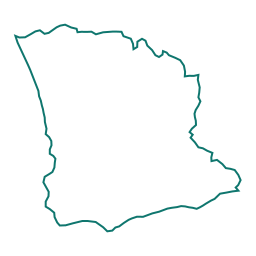 Surubim, Pernambuco, Brazil (Mercator projection)
{"feature_id": "56859067B76326707509966", "entity_name": "Surubim", "entity_type": "district", "adm_level": 2, "iso_a3": "BRA", "parent_name": "Brazil", "parent_adm1": "Pernambuco", "projection": "mercator", "projection_center": [-35.746, -7.891], "detail": "fine", "context": "isolated", "style": "outline", "palette": "teal", "viewbox_px": 256, "rotation_deg": 0, "n_neighbors": 0, "source": "geoboundaries", "source_scale": "gbopen_adm2", "svg_char_len": 1777}
<svg xmlns="http://www.w3.org/2000/svg" viewBox="0 0 256 256"><path d="M175.2,57.8L168.9,55.2L166.7,52.6L163.0,51.1L162.5,54.6L159.0,57.0L155.4,55.2L152.1,50.1L147.3,45.6L145.5,40.7L142.0,38.8L137.4,41.7L137.2,47.0L133.5,49.2L133.0,43.8L130.8,38.7L123.5,36.2L121.5,31.8L116.4,31.6L112.7,31.6L103.1,32.3L95.9,34.3L91.5,31.7L86.7,31.9L81.4,31.8L77.5,32.2L76.6,28.8L71.2,27.5L65.1,24.7L60.3,25.6L56.6,27.3L48.7,32.9L44.5,33.8L39.9,30.3L35.4,31.4L31.0,34.0L25.1,37.3L19.4,37.5L15.4,35.9L17.6,42.6L27.9,64.7L30.2,69.9L38.4,90.9L39.1,96.3L40.8,100.6L41.9,105.6L42.9,109.0L43.6,112.9L44.7,117.5L44.9,122.0L46.5,128.7L45.7,134.1L49.1,137.1L51.3,141.0L51.5,145.3L49.8,149.4L49.8,153.8L53.3,155.9L55.4,158.7L54.8,162.6L54.4,167.5L52.4,172.0L49.5,173.9L44.7,176.8L43.4,182.3L48.7,191.8L48.5,196.3L45.7,201.6L45.7,206.6L49.8,209.1L54.2,212.7L54.6,217.1L57.2,222.5L59.8,225.5L65.6,225.3L72.9,223.3L82.3,221.0L87.6,221.0L95.7,222.0L103.1,227.2L107.3,231.3L112.3,230.6L115.4,227.5L119.2,226.4L123.9,222.9L128.7,219.8L131.9,218.4L137.0,216.7L143.1,216.8L152.3,213.4L159.1,211.7L167.4,208.6L171.7,207.8L177.0,207.1L181.1,206.1L185.1,206.4L189.0,207.3L192.7,207.8L196.7,208.8L199.9,207.3L202.9,205.6L205.8,203.7L211.0,200.6L214.6,198.9L220.0,193.7L226.3,192.6L232.5,191.4L238.4,190.7L235.7,187.5L238.2,185.1L240.6,180.1L238.3,174.9L234.7,170.0L230.3,168.8L225.8,168.1L222.4,164.1L217.0,159.9L211.5,161.1L211.3,157.4L212.4,152.9L207.1,150.7L202.9,148.3L198.4,147.3L194.9,142.3L190.6,137.7L192.7,134.7L189.6,132.1L191.9,128.7L196.0,125.0L195.8,120.7L194.9,117.1L194.5,113.7L195.7,110.0L198.4,105.7L200.4,101.3L198.4,97.3L199.2,92.8L199.7,87.4L197.8,79.8L198.4,74.9L193.8,75.9L189.2,75.8L184.8,76.4L185.1,71.8L183.9,65.6L180.2,60.2L175.2,57.8Z" fill="none" stroke="#0f766e" stroke-width="2"/></svg>